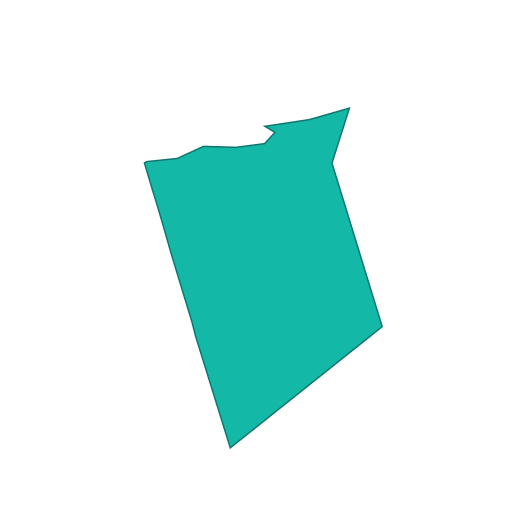 outline of Hays, Texas, United States of America, rotated 213°
{"feature_id": "52423323B40062002431262", "entity_name": "Hays", "entity_type": "district", "adm_level": 2, "iso_a3": "USA", "parent_name": "United States of America", "parent_adm1": "Texas", "projection": "robinson", "projection_center": [-97.934, 30.054], "detail": "fine", "context": "isolated", "style": "filled", "palette": "teal", "viewbox_px": 512, "rotation_deg": 213, "n_neighbors": 0, "source": "geoboundaries", "source_scale": "gbopen_adm2", "svg_char_len": 446}
<svg xmlns="http://www.w3.org/2000/svg" viewBox="0 0 512 512"><g transform="rotate(213 256 256)"><path d="M111.7,265.5L198.3,338.0L242.9,375.3L248.7,396.3L250.4,402.5L258.2,430.9L285.6,399.4L319.2,369.6L307.4,370.0L310.0,354.9L332.0,336.2L359.8,319.3L375.2,294.9L399.1,275.6L400.3,273.3L380.0,256.0L365.3,243.7L349.8,230.4L328.1,211.5L273.2,165.3L263.3,156.1L173.1,81.1L111.7,265.5Z" fill="#14b8a6" stroke="#0f766e" stroke-width="1.5"/></g></svg>